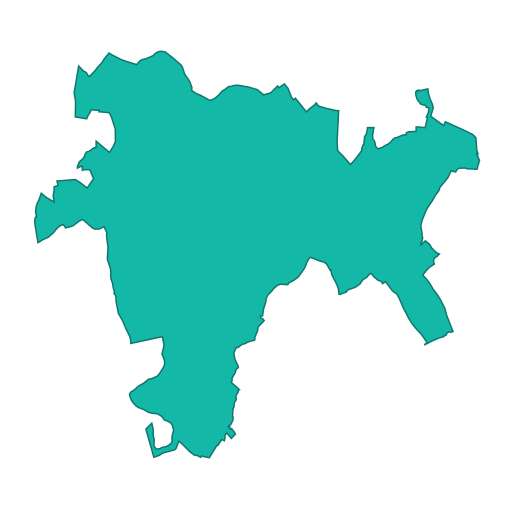 Mociu, Cluj, Romania, rotated 271°
{"feature_id": "2599482B12585032376089", "entity_name": "Mociu", "entity_type": "district", "adm_level": 2, "iso_a3": "ROU", "parent_name": "Romania", "parent_adm1": "Cluj", "projection": "albers", "projection_center": [24.018, 46.791], "detail": "fine", "context": "isolated", "style": "filled", "palette": "teal", "viewbox_px": 512, "rotation_deg": 271, "n_neighbors": 0, "source": "geoboundaries", "source_scale": "gbopen_adm2", "svg_char_len": 6020}
<svg xmlns="http://www.w3.org/2000/svg" viewBox="0 0 512 512"><g transform="rotate(271 256 256)"><path d="M378.0,473.8L380.9,471.0L381.4,470.2L385.2,462.2L393.5,443.0L389.7,441.3L398.7,428.3L407.2,430.6L410.6,429.8L416.1,427.3L421.5,425.6L426.1,424.9L423.9,415.7L424.7,415.7L424.2,413.9L423.3,413.7L423.1,412.9L419.6,413.0L415.5,414.4L413.7,415.6L411.3,417.8L411.0,417.7L410.3,419.3L409.4,423.1L407.6,423.8L407.2,426.5L401.6,425.6L397.8,423.8L397.2,425.0L387.3,422.9L387.9,415.3L387.7,413.8L383.9,414.0L383.2,412.0L382.9,406.0L382.2,405.5L381.8,404.1L379.5,403.8L379.7,401.1L376.7,394.3L376.6,393.0L375.0,390.9L372.2,388.6L370.0,385.9L369.1,383.8L366.6,379.9L365.4,376.3L365.4,375.8L366.8,374.3L368.7,373.5L372.7,372.6L375.5,370.6L379.2,370.5L386.4,371.6L386.3,365.2L382.7,365.0L381.8,364.3L380.7,364.5L379.9,364.2L377.3,362.5L369.2,361.8L369.2,361.3L367.1,360.4L365.5,359.9L363.3,359.9L355.2,354.1L349.2,349.1L349.9,348.1L358.2,340.6L362.1,336.4L363.1,335.7L372.3,335.1L402.7,336.1L402.7,334.2L404.8,323.9L407.0,315.9L407.6,315.7L408.0,314.9L409.2,314.3L410.1,313.3L408.5,312.4L403.7,306.4L401.0,303.9L414.5,292.6L412.8,290.7L415.5,288.7L424.3,285.0L428.5,281.4L424.6,275.9L426.4,274.6L419.8,268.3L419.0,266.8L417.3,260.8L422.4,254.3L424.8,245.4L426.5,234.7L426.1,231.1L425.1,227.8L425.0,226.1L424.4,224.9L422.4,222.6L420.4,219.4L416.1,215.7L413.5,212.8L412.3,211.0L410.8,207.6L410.8,207.1L416.0,197.1L417.5,193.2L420.5,188.7L423.3,189.0L428.0,187.2L430.6,185.9L436.4,181.6L443.6,179.1L445.6,177.8L452.0,170.2L458.4,161.8L458.7,161.0L459.0,157.3L458.6,154.8L456.7,151.7L454.4,149.4L451.5,143.0L450.3,138.7L449.3,136.8L445.3,133.3L448.4,122.6L450.2,117.4L454.8,108.1L456.4,105.5L450.4,100.8L446.9,98.8L441.7,94.1L438.3,91.7L433.6,87.3L432.6,85.3L435.9,83.5L436.6,82.9L438.2,79.8L440.6,77.7L442.8,75.4L416.0,71.3L407.4,72.9L391.9,72.9L390.2,84.3L393.1,85.4L397.4,88.0L399.4,88.5L398.9,94.2L399.2,96.5L397.5,96.4L396.8,106.3L395.8,107.3L393.0,108.8L380.4,113.1L368.0,113.4L363.3,111.5L357.0,107.7L368.0,94.2L361.6,94.2L361.4,92.2L357.6,87.0L357.1,84.9L354.6,83.3L352.1,82.6L351.6,82.0L349.9,81.0L347.9,78.5L346.9,77.7L342.4,75.9L340.8,75.9L342.3,78.9L342.8,80.9L338.7,80.8L339.0,81.4L339.3,83.2L339.4,87.1L339.2,87.9L338.3,88.8L330.5,92.2L321.0,86.0L325.7,79.8L329.3,74.1L327.5,55.7L323.4,56.8L322.9,56.5L321.7,52.9L318.5,53.1L313.3,52.2L306.4,53.2L310.7,45.6L315.0,40.2L308.5,38.1L304.9,36.3L301.2,35.3L295.5,34.8L293.5,35.8L292.8,35.4L291.0,35.8L290.8,34.8L290.4,34.5L286.9,34.2L283.9,34.4L265.5,37.8L268.7,42.7L271.3,48.3L276.2,53.5L280.2,56.5L282.7,59.4L284.2,62.8L280.7,65.2L281.2,66.2L282.1,70.2L283.3,72.9L287.4,78.0L289.4,81.5L289.3,82.2L288.5,83.3L281.2,92.0L280.1,94.2L280.2,98.6L282.6,103.6L277.8,106.0L276.6,106.4L273.3,106.2L261.8,107.9L250.1,107.4L241.0,110.6L237.4,111.2L233.9,111.1L230.8,111.4L226.0,113.1L221.8,113.8L218.1,115.0L215.9,114.7L214.4,116.1L213.1,116.6L208.1,116.9L196.3,119.4L188.8,123.8L180.6,127.4L174.3,130.7L170.6,132.0L166.4,132.3L173.4,162.4L173.6,163.7L172.1,164.2L164.9,165.6L156.4,163.7L150.2,166.3L147.2,166.5L145.1,166.3L141.7,164.6L135.9,161.0L133.9,159.0L131.5,153.8L131.0,151.0L130.6,150.3L127.0,146.1L124.0,141.0L119.8,136.4L117.9,133.3L115.8,131.9L113.2,132.5L109.1,134.2L106.2,136.5L103.8,139.0L102.5,141.0L100.2,147.2L97.8,151.1L96.9,155.1L96.8,156.4L97.0,156.8L96.5,158.5L96.8,159.5L95.1,162.8L94.0,164.5L90.4,167.3L89.5,170.1L87.9,173.3L86.2,174.8L84.6,175.5L80.4,176.7L75.3,175.4L72.2,175.1L69.7,175.4L67.4,174.6L65.0,171.8L63.7,168.9L63.1,165.8L61.7,163.2L61.3,160.8L61.3,159.5L64.5,157.2L70.5,157.5L74.2,156.5L81.6,156.1L87.0,154.7L81.0,148.9L53.0,157.4L55.0,162.8L56.9,165.5L57.8,167.5L59.4,173.5L60.9,178.3L62.3,179.5L69.4,182.0L68.9,182.9L66.2,186.0L58.9,193.5L56.0,197.5L55.3,201.3L53.7,204.2L55.2,205.2L54.7,206.7L53.5,212.8L66.1,220.3L66.3,220.7L66.0,221.2L71.9,225.0L70.8,227.6L73.7,228.2L75.8,228.0L78.8,229.7L73.2,234.5L77.5,238.5L79.3,237.6L81.8,235.5L83.1,234.7L82.4,233.2L84.6,231.9L84.8,232.5L85.3,231.4L87.2,233.8L91.2,235.7L94.6,235.9L95.3,235.3L102.2,235.6L105.0,236.6L108.9,236.9L111.9,238.7L116.2,238.4L119.2,240.3L121.8,241.0L122.0,241.7L124.1,239.6L129.1,233.5L130.9,234.2L133.8,234.3L139.0,237.3L142.3,238.0L144.1,240.3L145.6,240.1L152.3,236.7L158.8,235.5L164.1,237.8L164.1,239.4L167.4,243.6L168.3,247.0L169.5,248.7L170.8,252.4L171.7,255.7L172.2,256.3L174.8,256.3L181.3,258.9L184.4,259.2L185.3,259.6L191.6,265.3L193.0,264.2L194.2,262.1L196.0,261.4L196.4,262.8L196.3,263.6L203.2,264.5L209.9,266.5L213.9,267.0L216.9,268.3L221.8,272.9L223.2,273.7L226.8,277.6L227.8,279.7L228.2,281.3L227.9,288.3L229.7,289.3L232.1,293.9L235.7,298.6L243.9,304.3L246.5,305.6L250.2,306.8L253.7,308.6L255.1,309.7L255.4,310.3L255.4,311.2L251.9,320.4L251.3,323.4L249.6,326.5L243.1,330.4L243.4,330.9L238.0,332.4L229.0,337.3L224.3,339.0L219.1,339.7L219.0,340.8L220.6,344.2L221.1,346.3L224.0,348.9L225.8,354.2L227.1,356.8L230.2,360.8L231.5,361.4L234.3,363.5L236.8,367.3L239.1,369.0L239.9,370.0L240.5,371.6L237.6,373.9L234.5,377.6L233.7,378.8L233.1,381.4L230.6,383.1L232.6,386.0L223.8,392.8L221.7,395.3L221.7,395.7L220.8,397.3L216.4,399.8L206.1,404.5L196.5,409.7L191.2,413.2L186.9,416.6L180.7,422.6L173.4,427.9L172.0,428.3L170.7,426.4L170.3,426.4L174.4,434.2L177.2,440.3L178.1,443.1L178.4,444.8L179.8,446.0L180.0,447.2L182.1,448.3L183.6,450.0L183.2,451.9L183.9,454.3L199.7,447.8L207.0,445.7L215.7,441.1L220.4,438.0L226.2,433.5L231.6,430.2L235.5,427.2L239.9,423.0L245.8,427.7L247.9,429.9L251.1,434.5L253.7,433.5L257.1,434.3L258.5,436.8L261.3,439.3L262.1,437.0L264.0,434.6L267.1,431.5L270.8,429.3L274.1,425.0L269.2,420.0L274.5,421.9L277.3,422.3L279.2,421.7L281.8,421.6L289.0,420.2L294.4,421.4L302.8,424.5L307.3,426.7L314.9,431.7L320.2,434.5L322.6,436.4L325.6,438.3L327.3,438.3L337.7,446.5L344.7,449.7L343.6,453.0L343.6,454.2L346.5,455.9L347.2,457.2L347.4,458.9L347.6,463.8L346.8,465.8L346.8,472.4L346.4,473.7L346.9,475.8L348.5,475.9L355.5,477.8L361.8,474.8L361.9,475.0L361.0,475.8L362.0,476.2L365.7,474.9L378.0,473.8Z" fill="#14b8a6" stroke="#0f766e" stroke-width="1.5"/></g></svg>